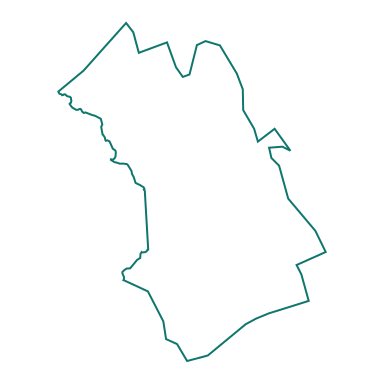 Tazewell, Virginia, United States of America (Equal Earth projection), rotated 270°
{"feature_id": "52423323B83888441081601", "entity_name": "Tazewell", "entity_type": "district", "adm_level": 2, "iso_a3": "USA", "parent_name": "United States of America", "parent_adm1": "Virginia", "projection": "equal_earth", "projection_center": [-81.51, 37.135], "detail": "fine", "context": "isolated", "style": "outline", "palette": "teal", "viewbox_px": 384, "rotation_deg": 270, "n_neighbors": 0, "source": "geoboundaries", "source_scale": "gbopen_adm2", "svg_char_len": 1660}
<svg xmlns="http://www.w3.org/2000/svg" viewBox="0 0 384 384"><g transform="rotate(270 192 192)"><path d="M103.9,123.5L92.6,147.9L62.7,163.3L44.9,166.1L39.9,177.1L23.0,187.1L28.5,207.8L59.8,245.7L65.5,256.3L70.7,269.0L83.1,308.7L109.5,301.4L119.0,296.6L132.0,325.7L153.1,315.4L185.4,288.2L218.3,279.1L226.0,271.4L236.3,269.1L237.3,282.4L233.3,290.4L255.2,274.6L242.4,257.9L255.3,254.1L273.9,243.2L294.6,242.8L310.5,236.8L338.6,219.9L342.9,205.5L338.9,196.9L309.5,189.5L307.1,182.8L316.7,176.0L341.6,167.0L331.2,138.8L351.7,133.3L361.0,126.1L336.3,104.0L313.4,83.6L292.4,58.3L290.3,59.4L290.0,60.4L289.4,61.8L288.8,62.1L288.9,63.0L289.5,63.7L289.7,65.0L287.8,67.2L287.2,69.8L286.3,70.9L284.8,71.0L283.4,71.4L281.4,70.9L281.0,70.7L280.6,69.9L280.1,69.6L279.4,70.0L276.4,72.3L274.2,76.1L274.2,78.0L274.8,79.0L275.1,80.2L274.4,81.2L272.4,82.1L271.0,83.9L271.6,85.4L268.9,92.3L268.7,93.2L268.7,93.7L267.7,96.1L265.2,100.8L259.6,102.3L257.1,101.2L249.4,102.6L249.0,103.2L246.4,104.9L244.1,105.3L243.2,105.9L243.6,107.0L243.5,107.9L242.5,109.6L235.3,112.8L233.5,115.4L231.8,115.8L227.4,115.5L225.7,114.6L224.5,113.1L224.3,111.8L224.7,111.4L224.7,110.9L224.1,110.9L221.9,114.4L221.5,116.1L221.1,117.7L220.3,119.8L220.4,123.2L219.9,126.8L219.2,127.7L213.2,131.4L209.8,132.1L207.0,133.7L201.3,135.5L200.9,135.9L198.9,140.1L196.7,143.6L195.5,144.3L195.1,144.4L194.9,144.1L194.4,143.8L193.2,144.8L134.4,148.2L134.2,147.5L132.9,146.8L131.9,145.4L131.5,141.8L131.8,141.6L130.2,140.5L126.0,140.2L124.1,137.1L115.7,130.2L115.4,126.5L113.8,124.2L112.0,122.4L110.5,122.4L109.5,122.9L106.9,124.0L104.3,123.9L103.9,123.5Z" fill="none" stroke="#0f766e" stroke-width="2"/></g></svg>